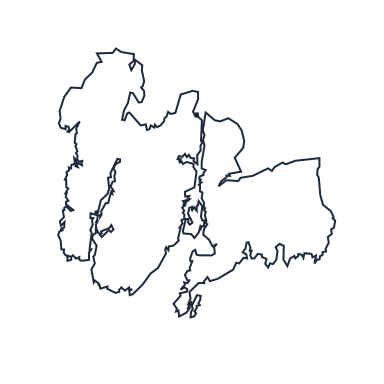 Tysvær nor, Rogaland, Norway (Albers equal-area conic projection), rotated 12°
{"feature_id": "86288312B7818860618631", "entity_name": "Tysvær nor", "entity_type": "district", "adm_level": 2, "iso_a3": "NOR", "parent_name": "Norway", "parent_adm1": "Rogaland", "projection": "albers", "projection_center": [5.664, 59.38], "detail": "fine", "context": "isolated", "style": "outline", "palette": "slate", "viewbox_px": 384, "rotation_deg": 12, "n_neighbors": 0, "source": "geoboundaries", "source_scale": "gbopen_adm2", "svg_char_len": 6055}
<svg xmlns="http://www.w3.org/2000/svg" viewBox="0 0 384 384"><g transform="rotate(12 192 192)"><path d="M50.2,156.4L55.3,156.9L54.6,153.6L57.8,154.0L59.0,156.3L57.7,158.8L59.2,159.1L67.5,146.3L65.6,154.1L67.2,158.5L66.0,159.6L67.0,168.2L69.1,169.2L68.4,171.2L71.4,175.9L70.4,178.2L72.4,180.0L72.8,183.8L75.2,185.9L78.9,183.9L77.6,185.8L78.9,188.7L74.0,187.6L73.7,189.9L75.0,191.3L72.6,191.0L72.3,185.1L69.7,183.1L71.6,188.8L68.4,190.5L68.8,194.0L66.4,193.6L67.3,196.3L65.1,198.6L66.3,201.3L65.1,206.3L66.4,206.1L68.1,213.6L70.2,214.3L68.5,219.5L69.6,219.0L69.5,223.0L72.9,226.3L70.9,227.6L71.3,230.2L79.6,234.3L77.4,235.8L72.0,232.1L70.3,234.2L70.9,236.3L69.4,236.8L72.0,243.3L68.8,248.2L70.9,252.3L73.5,247.9L74.3,253.4L72.0,254.7L71.4,256.9L74.2,255.6L70.4,258.6L70.0,261.8L73.7,267.0L76.1,275.3L78.8,274.9L79.1,277.9L81.5,280.2L85.4,280.3L83.6,281.5L84.5,285.2L88.0,283.5L87.3,280.8L88.7,278.7L92.3,281.3L95.3,279.1L95.7,281.6L98.4,282.2L105.4,279.8L103.8,272.8L105.4,269.1L103.8,269.6L102.3,252.6L100.5,250.6L101.7,244.4L100.1,240.9L100.8,238.0L98.1,238.7L97.2,233.9L103.3,234.4L104.1,232.3L101.8,233.2L101.7,231.2L104.3,230.0L104.5,219.1L109.7,211.6L110.3,205.8L106.9,195.5L109.7,194.3L108.3,190.5L112.2,175.0L114.9,175.1L115.3,177.5L111.9,180.1L110.2,185.0L113.1,188.6L112.7,192.3L114.4,197.4L112.1,198.7L111.3,203.4L115.4,207.6L113.0,208.0L114.5,210.5L112.7,210.1L112.3,220.2L109.9,220.9L107.2,229.8L108.2,233.0L107.4,235.4L107.0,233.5L104.8,234.8L105.1,239.6L104.0,242.4L106.0,238.8L104.8,244.1L106.6,248.9L110.4,252.6L112.3,251.2L111.3,249.4L118.7,244.4L119.9,241.2L123.0,245.0L121.0,248.0L118.6,246.6L113.1,254.8L105.8,248.9L106.5,252.1L104.0,254.8L103.9,258.3L109.9,264.4L110.1,273.5L108.9,275.9L111.8,282.1L109.7,288.6L114.7,300.9L115.4,298.8L119.4,300.7L120.4,301.7L119.0,302.4L120.6,302.0L122.5,305.6L129.0,302.0L129.2,304.3L138.2,306.6L141.5,304.8L141.0,302.8L142.9,300.3L142.0,299.5L146.9,302.4L150.3,298.5L150.7,300.4L153.7,299.7L151.2,301.7L152.6,305.8L155.3,304.3L162.9,292.9L168.4,280.4L174.5,273.4L179.4,257.3L177.7,253.8L178.2,251.4L181.0,253.9L180.7,250.0L185.0,248.3L189.1,242.4L188.0,240.2L188.3,229.6L187.2,229.6L189.2,224.6L187.5,221.6L189.9,220.1L189.2,215.6L187.3,214.2L188.3,212.1L185.7,209.3L188.2,206.2L188.2,204.4L187.4,206.2L186.3,206.2L186.9,204.6L185.1,202.7L187.8,201.4L188.0,203.6L191.3,199.4L189.2,199.4L190.1,196.5L186.4,197.9L185.0,193.3L193.4,187.0L192.2,171.1L188.1,167.2L187.7,164.2L180.6,163.7L177.3,166.5L175.5,164.3L174.0,165.7L173.1,164.2L173.8,163.7L174.0,162.1L171.1,162.8L171.7,159.6L175.2,159.7L177.2,156.2L179.7,158.9L181.1,156.3L183.7,159.0L187.1,158.6L187.0,161.3L191.5,163.6L189.4,155.0L191.8,149.5L190.7,145.4L191.8,140.8L190.2,140.2L186.8,119.8L182.5,117.2L181.4,113.9L179.6,114.3L180.7,117.4L179.8,117.5L176.3,113.2L178.7,100.0L177.1,92.9L171.6,92.9L160.7,99.0L159.3,118.1L154.9,120.1L152.0,118.6L151.4,123.6L149.7,125.4L150.0,128.5L147.6,133.1L144.3,135.9L141.7,133.9L141.6,136.8L137.9,135.4L137.5,139.2L135.0,140.7L132.8,135.5L127.9,137.5L114.2,127.2L112.3,128.7L111.2,135.9L108.6,135.9L108.5,126.5L110.8,118.2L110.9,107.6L113.7,107.6L121.3,115.5L124.1,114.5L125.4,107.6L124.0,103.0L120.5,100.4L121.8,98.8L122.2,93.6L117.7,83.6L117.0,78.3L109.1,74.7L109.4,79.0L107.3,85.5L104.2,80.4L107.6,76.0L106.5,69.2L93.8,69.8L87.8,67.5L85.5,72.4L70.2,76.2L76.5,83.5L72.0,85.5L69.6,95.8L63.9,104.2L62.3,113.4L51.9,115.0L47.3,125.4L45.7,140.2L48.1,147.3L47.5,152.3L50.2,156.4ZM188.8,111.4L189.8,129.5L192.4,133.7L192.0,138.7L194.6,144.1L195.2,160.5L196.6,167.0L200.8,167.7L199.2,171.3L199.7,173.0L196.4,175.2L196.2,177.6L197.9,177.9L197.2,180.3L199.3,180.6L197.3,183.5L198.5,183.8L199.7,189.7L202.3,190.3L202.8,196.2L206.0,200.0L206.8,205.1L208.2,205.2L207.5,207.3L209.6,208.4L209.4,211.9L212.2,217.6L211.8,219.7L213.6,220.3L211.5,225.9L211.8,231.4L218.6,235.1L223.4,240.9L227.2,237.6L225.1,241.2L227.1,247.4L224.6,249.9L211.8,252.5L209.4,252.3L207.2,247.9L205.0,250.0L204.0,257.4L204.8,260.0L206.7,259.6L205.5,266.7L206.6,269.1L203.9,270.1L202.3,274.6L205.7,279.2L207.8,279.0L206.5,282.2L203.2,282.0L204.3,284.2L201.1,289.9L204.6,286.9L207.7,288.1L207.6,290.7L201.1,293.6L202.4,295.8L197.2,305.2L201.5,309.3L201.2,312.2L203.4,310.7L205.2,316.5L211.7,311.1L213.8,306.2L212.2,306.6L212.7,304.5L215.4,301.8L214.2,300.0L211.4,303.8L212.7,296.5L210.3,290.2L217.5,279.6L222.9,278.6L222.2,277.2L224.8,272.0L228.1,275.5L235.4,271.4L248.4,259.4L250.0,252.0L253.0,252.1L256.1,245.6L259.7,245.5L258.1,241.7L254.2,240.5L256.1,235.8L255.9,230.2L257.7,229.3L260.8,234.6L260.8,237.6L262.5,237.1L262.0,241.3L264.1,244.7L266.9,243.9L269.1,239.0L273.3,238.6L274.0,241.0L278.8,242.0L278.6,247.1L282.2,250.0L283.1,245.6L286.3,245.6L288.5,240.8L288.0,232.3L285.4,228.5L288.5,224.5L293.0,225.6L295.5,239.2L300.7,244.6L301.8,236.6L305.4,233.3L306.9,235.4L309.3,232.3L308.9,230.5L312.4,230.5L314.7,233.4L314.7,228.5L321.8,227.7L323.4,230.8L326.5,228.4L326.7,236.5L328.5,232.0L330.8,231.4L330.5,228.3L332.7,226.5L332.3,223.5L335.5,222.3L334.5,219.7L336.3,213.2L334.2,207.7L337.5,203.9L335.8,199.6L338.3,197.5L338.0,190.2L334.9,188.4L335.7,187.0L331.9,181.9L322.8,177.3L318.2,168.6L313.1,151.8L310.8,149.0L310.1,143.6L311.4,140.8L309.6,132.4L286.5,140.0L278.0,145.4L274.3,144.4L267.5,150.6L265.8,154.8L261.5,153.1L248.0,163.6L236.6,168.0L234.8,171.7L223.2,173.3L216.8,180.9L218.2,175.6L222.9,170.0L222.3,168.7L225.7,168.4L224.4,166.5L235.8,161.9L226.7,149.6L232.9,138.2L232.5,131.3L227.9,121.6L222.4,116.1L212.2,112.3L205.0,117.0L199.4,117.1L188.8,111.4ZM205.0,203.7L200.4,199.5L200.6,203.7L199.5,204.8L200.5,209.4L197.4,206.6L195.7,210.7L195.3,206.5L192.7,208.0L192.6,214.1L198.8,221.8L196.7,224.4L194.7,222.7L194.0,219.0L191.6,219.7L191.2,231.9L192.3,234.3L200.1,233.4L203.9,236.5L207.0,230.1L207.3,224.3L208.3,225.9L208.8,223.3L210.7,223.1L210.0,217.2L207.9,217.6L205.9,214.1L205.0,203.7ZM222.1,291.8L218.3,291.9L215.4,303.5L217.1,305.8L216.0,309.6L216.7,314.9L219.9,313.3L221.2,309.7L219.1,308.1L220.7,305.0L220.2,302.4L223.1,301.0L221.4,299.3L222.4,296.2L222.1,291.8Z" fill="none" stroke="#1e293b" stroke-width="2"/></g></svg>